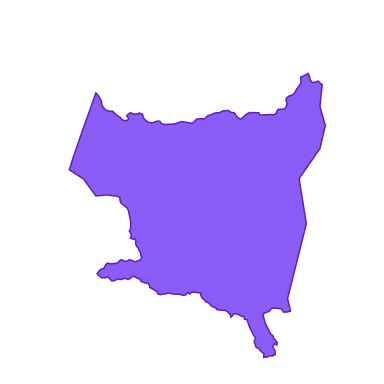 outline of Madalena, Ceará, Brazil, rotated 104°
{"feature_id": "56859067B9185631320714", "entity_name": "Madalena", "entity_type": "district", "adm_level": 2, "iso_a3": "BRA", "parent_name": "Brazil", "parent_adm1": "Ceará", "projection": "natural_earth1", "projection_center": [-39.486, -4.884], "detail": "fine", "context": "isolated", "style": "filled", "palette": "violet", "viewbox_px": 384, "rotation_deg": 104, "n_neighbors": 0, "source": "geoboundaries", "source_scale": "gbopen_adm2", "svg_char_len": 3658}
<svg xmlns="http://www.w3.org/2000/svg" viewBox="0 0 384 384"><g transform="rotate(104 192 192)"><path d="M119.2,309.2L157.4,313.0L170.5,314.2L187.0,315.6L191.6,315.9L200.1,316.4L202.2,310.4L203.4,306.9L205.6,300.2L210.3,294.8L212.8,291.9L217.1,286.7L219.1,284.3L217.1,278.6L215.5,274.3L214.2,263.6L214.9,260.6L216.8,260.1L218.5,259.3L220.1,258.1L221.0,256.0L222.0,253.6L223.4,250.8L226.2,248.8L229.4,247.3L231.8,246.1L234.9,244.7L237.6,243.7L240.1,243.1L243.3,242.8L245.2,243.4L247.0,241.2L249.2,240.4L251.6,240.6L252.0,238.3L251.6,235.7L253.7,234.6L256.1,234.1L258.1,232.7L259.5,230.4L261.6,229.2L263.5,227.1L265.7,226.4L268.3,224.7L270.6,226.0L272.3,228.6L273.8,230.8L272.7,234.1L273.1,236.7L275.0,238.3L275.4,241.2L274.7,244.2L276.4,245.8L278.4,246.6L279.7,248.9L280.8,251.7L281.5,254.1L281.3,256.7L283.2,258.1L285.6,258.7L287.4,259.0L288.7,261.3L290.4,262.9L292.4,263.5L294.1,264.4L295.5,262.4L297.1,259.3L296.3,255.3L294.6,253.0L296.1,251.0L297.8,248.0L296.4,245.3L294.4,243.1L294.1,239.7L292.0,236.1L292.3,233.2L291.1,231.1L289.2,230.1L287.8,228.1L288.7,224.8L289.2,221.8L291.1,219.5L291.7,216.0L291.2,212.6L293.1,210.6L294.9,209.8L295.5,207.0L296.4,204.5L297.0,202.0L299.3,200.2L299.3,197.8L298.2,196.1L297.6,193.6L295.7,190.5L295.6,187.3L295.4,184.2L294.8,181.8L294.2,178.8L294.5,176.1L293.4,173.2L290.6,172.0L291.6,169.8L289.6,168.3L288.5,165.2L288.3,161.3L287.8,158.9L290.3,158.4L292.4,156.4L293.7,153.9L295.4,151.7L295.5,149.0L297.2,146.9L298.5,143.8L298.6,141.0L300.1,139.6L299.9,137.5L299.7,135.3L299.1,132.5L299.0,129.9L300.6,126.7L302.2,125.0L304.0,124.0L302.2,122.7L300.1,122.0L299.5,119.6L299.7,116.6L300.6,114.0L300.4,111.5L302.8,110.1L302.4,108.1L304.8,106.3L308.0,104.2L310.7,102.3L312.9,100.3L315.7,98.0L317.5,95.8L319.5,94.7L321.3,95.6L323.1,95.0L325.1,93.6L327.2,92.1L328.0,88.7L330.1,86.5L331.4,83.2L335.1,82.4L333.9,79.0L332.2,77.0L331.6,74.2L329.7,72.0L327.2,72.5L325.1,73.7L323.4,75.8L321.4,76.1L319.2,74.9L320.1,72.6L317.4,72.9L315.6,75.2L314.2,77.0L311.9,78.7L310.7,81.3L307.9,83.9L305.8,85.4L303.5,87.7L300.4,90.0L297.7,91.3L294.3,93.4L291.8,92.3L290.8,90.5L288.9,88.1L285.7,86.7L284.8,84.4L284.3,81.3L283.7,77.1L286.4,74.1L285.4,70.6L283.7,67.6L272.2,73.5L222.8,73.4L216.2,73.4L195.1,73.4L156.9,89.7L153.0,91.3L150.9,90.5L119.0,78.4L111.3,78.5L108.5,78.6L105.7,78.6L95.3,78.7L78.4,88.4L66.6,90.3L56.2,91.6L55.3,94.1L53.8,96.4L55.1,98.0L56.0,99.9L56.6,102.1L54.3,104.8L52.0,105.7L50.3,106.7L48.9,108.1L51.0,110.1L52.6,112.1L53.9,114.2L55.9,114.0L58.9,112.7L61.8,113.2L64.3,114.3L67.5,115.5L70.9,116.3L73.3,117.8L75.4,121.1L77.8,123.0L80.2,123.3L82.1,121.5L85.0,121.1L87.8,121.7L89.7,123.6L90.3,125.9L90.8,128.3L93.0,129.3L95.3,129.3L97.4,131.4L97.6,133.6L98.4,136.3L99.1,138.7L100.0,141.7L100.9,144.5L99.0,146.4L99.7,149.9L100.4,152.9L101.1,155.5L102.8,157.5L105.6,159.6L108.1,161.1L109.5,162.7L109.0,165.2L107.6,167.2L105.0,169.8L105.2,173.6L104.0,176.5L104.9,178.5L105.6,181.2L106.8,183.0L108.4,184.3L109.1,187.4L110.4,189.8L112.5,192.1L114.1,195.2L115.8,196.2L118.0,197.8L118.7,201.3L120.1,205.1L124.4,207.5L125.5,209.6L125.7,213.4L125.9,217.2L126.3,219.5L128.1,222.0L129.5,224.1L130.8,226.9L131.5,229.5L132.4,232.4L133.3,235.9L132.7,238.8L131.1,240.2L131.7,243.1L133.1,245.1L134.5,247.5L134.9,251.1L133.8,253.9L132.6,256.2L130.9,257.6L128.4,258.9L128.1,262.1L129.6,264.2L130.3,266.2L130.3,268.4L129.9,270.5L131.2,272.3L134.0,273.8L136.3,271.0L138.1,272.2L139.1,274.3L138.7,277.5L137.0,279.7L136.2,282.1L135.1,284.7L132.8,288.6L133.5,291.1L133.6,294.2L132.8,296.5L131.3,298.5L129.9,300.3L127.9,301.1L126.1,301.6L123.8,303.5L121.7,305.7L120.4,307.2L119.2,309.2Z" fill="#8b5cf6" stroke="#5b21b6" stroke-width="1.5"/></g></svg>